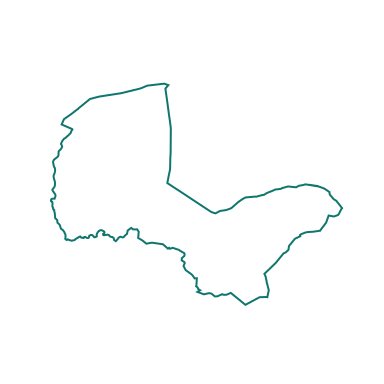 San Mateo Peñasco, Oaxaca, Mexico (Robinson projection), rotated 201°
{"feature_id": "50627088B42338204291067", "entity_name": "San Mateo Peñasco", "entity_type": "district", "adm_level": 2, "iso_a3": "MEX", "parent_name": "Mexico", "parent_adm1": "Oaxaca", "projection": "robinson", "projection_center": [-97.488, 17.14], "detail": "fine", "context": "isolated", "style": "outline", "palette": "teal", "viewbox_px": 384, "rotation_deg": 201, "n_neighbors": 0, "source": "geoboundaries", "source_scale": "gbopen_adm2", "svg_char_len": 4418}
<svg xmlns="http://www.w3.org/2000/svg" viewBox="0 0 384 384"><g transform="rotate(201 192 192)"><path d="M237.7,129.6L238.2,133.1L235.9,136.7L233.8,136.0L231.8,136.6L229.9,137.5L227.5,135.8L225.8,129.8L220.9,129.0L216.1,127.4L211.3,130.3L200.4,132.8L194.2,130.5L193.4,131.7L192.3,131.1L190.0,133.0L186.1,133.1L183.6,133.3L182.7,133.0L177.2,132.1L176.4,130.8L176.3,129.4L177.8,126.6L177.1,124.5L174.0,123.8L173.3,123.1L173.4,119.9L169.9,116.8L166.1,115.8L163.0,115.0L161.2,114.1L158.6,112.3L156.6,113.2L154.4,106.5L154.4,105.5L152.4,104.8L151.6,103.7L149.2,103.2L151.1,100.7L149.9,100.7L144.3,100.7L139.8,103.7L137.3,104.1L133.3,102.7L130.9,103.7L127.3,107.4L126.8,107.2L124.8,107.6L124.7,107.7L122.8,108.6L119.6,111.7L106.5,107.4L101.7,105.8L91.2,118.0L88.6,119.1L86.6,119.9L85.1,120.6L84.0,120.8L85.1,127.8L89.1,133.4L89.4,133.6L89.9,134.7L93.1,139.6L95.1,141.5L88.4,155.8L86.4,161.9L84.5,167.6L84.1,168.0L83.9,168.2L82.9,169.1L81.2,172.6L82.1,176.2L81.9,177.0L79.1,185.3L77.1,187.4L76.8,187.7L75.1,189.5L75.8,190.5L74.8,191.9L71.5,194.9L69.6,196.1L64.5,198.4L58.5,201.8L58.3,202.9L56.5,209.0L55.8,211.5L56.0,219.0L50.7,220.0L47.4,222.9L47.0,224.3L46.6,228.9L46.1,230.7L54.1,235.5L57.2,236.1L62.1,238.8L62.5,239.1L63.7,241.2L66.5,241.9L69.8,242.6L72.9,242.6L75.8,242.5L78.7,241.9L78.5,242.2L81.7,241.5L81.4,241.4L88.8,239.8L91.4,237.9L94.5,236.1L96.5,233.7L104.3,231.6L106.4,230.1L108.1,228.7L109.0,228.3L110.0,226.9L113.8,224.8L115.3,224.1L117.2,222.0L120.1,219.4L120.8,218.8L122.6,216.8L123.1,216.0L124.0,215.0L125.5,214.2L129.2,211.5L130.2,210.7L131.5,210.3L138.0,207.1L139.0,206.6L140.2,206.0L141.9,204.0L143.5,201.7L143.8,201.3L145.1,199.3L145.8,198.1L145.9,197.9L149.5,191.0L149.6,190.9L149.8,190.8L149.8,190.7L153.6,187.4L159.1,184.3L162.4,180.5L164.4,180.3L165.3,180.3L165.6,180.3L166.2,180.3L166.9,180.3L168.0,180.5L177.2,182.5L185.3,184.3L200.2,187.6L212.8,190.3L217.7,191.4L217.8,191.4L218.3,191.6L219.3,197.6L219.4,197.8L220.6,205.4L224.3,215.6L224.7,216.8L224.7,217.0L224.8,217.2L226.1,221.2L234.6,243.9L237.6,249.5L241.5,256.5L247.4,267.3L253.9,279.0L252.4,283.3L256.7,283.2L272.0,275.2L275.9,271.4L277.5,270.0L278.5,269.3L280.6,267.8L281.2,267.4L281.8,267.0L293.8,258.7L312.7,247.9L315.7,245.8L316.5,245.2L318.1,244.0L320.0,242.7L320.5,242.4L327.8,229.7L328.3,228.4L328.7,228.0L332.7,221.4L337.6,214.2L337.9,208.3L326.6,207.8L326.1,207.6L326.5,205.1L326.4,203.6L327.1,202.1L327.5,201.0L329.0,198.3L329.6,196.9L330.5,196.0L331.0,194.4L331.4,193.0L331.5,191.1L331.6,190.1L331.3,189.7L330.3,188.9L329.5,187.9L329.4,187.3L329.5,186.8L329.8,185.0L331.0,182.4L331.0,181.8L330.5,180.4L329.9,178.7L329.8,177.8L330.1,176.7L330.5,175.9L331.3,174.6L332.4,172.8L332.6,171.1L332.4,170.1L332.0,169.4L331.4,168.5L330.8,167.5L330.2,166.5L329.7,166.0L328.9,165.5L328.4,164.8L327.7,163.6L327.5,162.9L327.2,161.9L327.1,160.9L327.0,158.9L327.1,158.3L327.0,157.4L326.6,156.4L325.9,155.5L325.3,154.5L324.4,153.4L323.7,152.5L323.3,151.6L322.8,150.6L322.6,149.9L322.3,148.7L322.3,147.5L322.5,146.4L323.2,144.4L322.9,143.6L320.8,142.1L319.3,141.1L318.4,140.3L318.1,139.5L317.9,138.5L317.9,136.5L318.8,136.3L320.3,135.4L320.7,135.0L320.8,134.5L320.5,133.2L320.1,132.8L319.5,132.6L319.0,132.8L318.1,131.3L317.2,128.5L315.7,127.1L315.6,126.4L315.0,125.9L314.2,125.8L313.7,124.7L312.6,123.2L311.7,121.3L310.4,118.6L309.5,118.2L308.5,117.8L307.7,117.4L307.3,116.5L306.9,115.6L306.5,115.1L306.1,114.9L305.5,114.7L304.5,114.3L303.6,113.8L303.1,113.2L302.7,112.6L301.9,111.7L301.1,110.8L300.6,110.5L300.1,110.5L299.4,110.4L298.5,109.9L297.5,109.3L296.6,108.6L296.2,108.0L295.0,107.1L294.2,105.3L293.8,104.2L293.7,103.9L293.6,102.9L292.5,102.4L291.7,102.3L291.1,103.3L290.6,103.3L290.2,103.2L287.2,103.3L286.1,103.9L284.3,105.2L283.9,106.2L283.0,107.4L282.2,108.3L281.6,109.3L280.5,110.4L278.9,109.7L278.0,110.1L277.0,110.1L276.7,110.2L276.8,110.6L276.4,111.4L275.6,111.8L274.6,111.6L273.5,111.5L272.3,111.9L272.0,112.6L272.1,113.3L272.2,114.4L271.0,115.7L269.7,116.0L268.5,115.6L267.3,114.8L266.9,114.8L265.8,115.4L265.0,116.5L265.8,118.2L265.6,120.6L265.0,122.1L264.2,123.2L262.7,124.0L261.2,123.8L260.1,123.7L259.4,123.2L259.1,122.4L260.0,120.9L259.3,120.0L258.7,120.1L257.1,121.0L255.5,121.9L254.3,122.0L252.9,121.2L251.8,121.1L250.1,121.4L248.6,120.9L247.4,119.2L245.5,118.8L244.8,120.6L244.3,122.4L243.8,123.6L242.8,124.6L240.5,124.7L239.6,125.5L239.0,127.2L237.7,129.6Z" fill="none" stroke="#0f766e" stroke-width="2"/></g></svg>